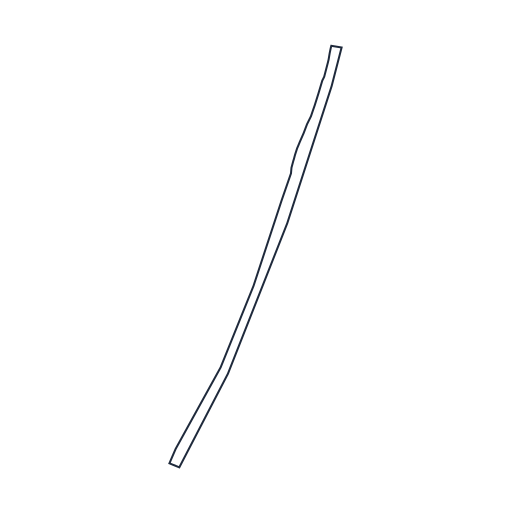 outline of North Coast, Matruh, Egypt, rotated 320°
{"feature_id": "37247803B38142631960117", "entity_name": "North Coast", "entity_type": "district", "adm_level": 2, "iso_a3": "EGY", "parent_name": "Egypt", "parent_adm1": "Matruh", "projection": "albers", "projection_center": [29.511, 30.938], "detail": "fine", "context": "isolated", "style": "outline", "palette": "slate", "viewbox_px": 512, "rotation_deg": 320, "n_neighbors": 0, "source": "geoboundaries", "source_scale": "gbopen_adm2", "svg_char_len": 618}
<svg xmlns="http://www.w3.org/2000/svg" viewBox="0 0 512 512"><g transform="rotate(320 256 256)"><path d="M448.8,143.4L447.1,144.6L442.8,148.0L440.8,149.7L438.0,152.1L435.3,154.1L432.9,155.8L423.5,162.5L421.5,163.4L419.6,164.2L408.2,171.7L397.7,178.4L392.5,181.5L387.9,184.3L379.9,187.8L379.0,188.3L371.5,192.5L362.8,196.8L359.2,198.7L356.8,199.9L350.9,203.6L347.2,206.2L345.9,207.0L339.9,211.2L336.8,214.3L335.9,215.2L311.5,229.8L234.9,277.3L157.3,318.6L70.5,352.1L61.1,356.8L56.4,359.2L61.4,368.6L158.9,328.1L301.0,251.0L423.1,174.5L455.6,151.3L448.8,143.4Z" fill="none" stroke="#1e293b" stroke-width="2"/></g></svg>